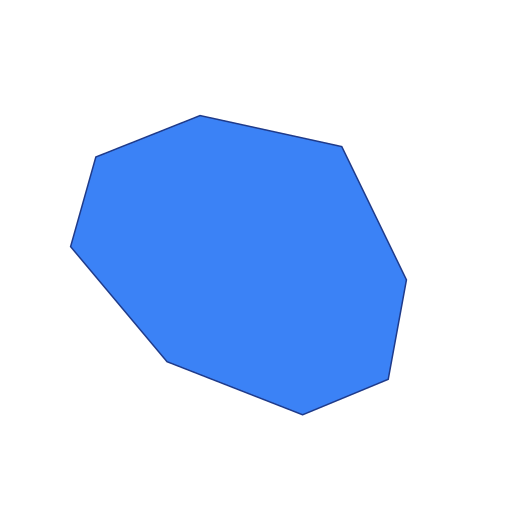 map outline of Mauke (Robinson projection), rotated 319°
{"feature_id": "COK-4955", "entity_name": "Mauke", "entity_type": "state/province", "adm_level": 1, "iso_a3": "COK", "parent_name": "Cook Islands", "parent_adm1": "", "projection": "robinson", "projection_center": [-157.33, -20.158], "detail": "fine", "context": "isolated", "style": "filled", "palette": "blue", "viewbox_px": 512, "rotation_deg": 319, "n_neighbors": 0, "source": "natural_earth", "source_scale": "10m", "svg_char_len": 278}
<svg xmlns="http://www.w3.org/2000/svg" viewBox="0 0 512 512"><g transform="rotate(319 256 256)"><path d="M392.5,229.7L353.9,372.7L274.9,435.8L187.0,406.4L119.5,277.4L122.2,127.3L200.1,76.2L305.9,113.3L392.5,229.7Z" fill="#3b82f6" stroke="#1e3a8a" stroke-width="1.5"/></g></svg>